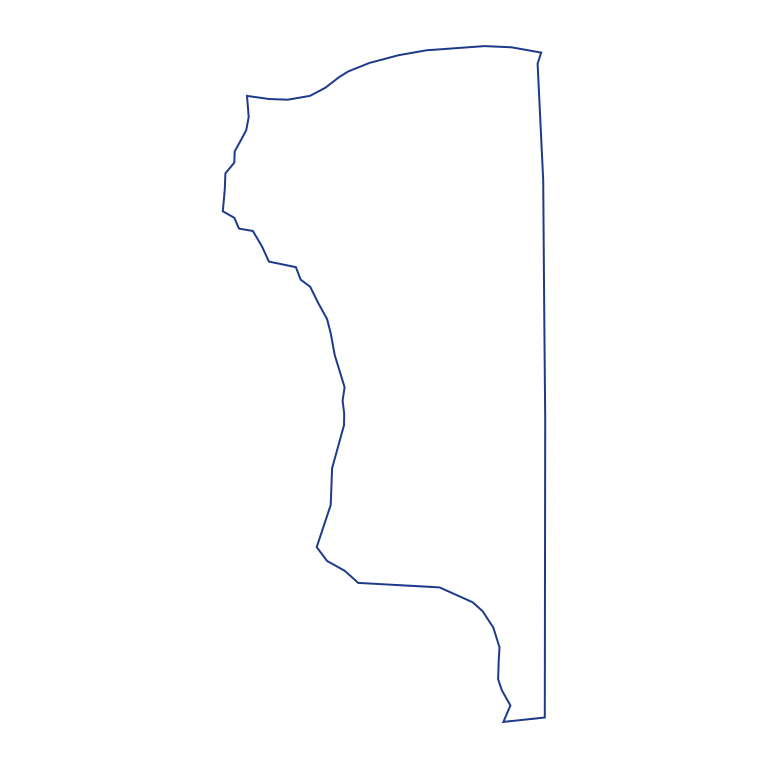 Lupionópolis, Paraná, Brazil
{"feature_id": "56859067B97395600042242", "entity_name": "Lupionópolis", "entity_type": "district", "adm_level": 2, "iso_a3": "BRA", "parent_name": "Brazil", "parent_adm1": "Paraná", "projection": "robinson", "projection_center": [-51.683, -22.744], "detail": "fine", "context": "isolated", "style": "outline", "palette": "blue", "viewbox_px": 768, "rotation_deg": 0, "n_neighbors": 0, "source": "geoboundaries", "source_scale": "gbopen_adm2", "svg_char_len": 832}
<svg xmlns="http://www.w3.org/2000/svg" viewBox="0 0 768 768"><path d="M247.0,95.9L248.7,117.0L246.2,130.3L240.4,141.1L234.7,151.4L234.3,162.6L225.4,173.4L224.8,189.1L222.8,211.3L234.3,217.8L239.0,228.6L252.9,231.0L262.2,246.9L268.9,261.6L295.9,267.2L300.6,279.6L310.3,286.9L318.2,303.0L327.0,318.9L330.7,333.2L334.7,355.0L344.6,387.3L342.6,400.4L344.2,413.7L344.0,425.2L332.1,468.2L330.7,505.0L316.7,547.1L327.0,560.9L345.0,571.0L358.2,582.9L395.9,585.0L439.5,587.4L472.7,602.3L482.6,611.2L493.3,627.6L499.5,647.3L498.7,661.1L498.1,679.1L501.8,690.1L510.4,705.5L503.4,721.9L544.8,717.5L545.2,418.6L544.2,307.5L543.2,180.2L537.6,63.6L541.2,52.6L511.5,47.3L484.6,46.1L426.4,50.3L398.6,55.2L369.5,62.9L348.3,71.4L339.0,77.2L325.4,87.7L309.9,95.9L287.6,99.7L268.9,99.0L247.0,95.9Z" fill="none" stroke="#1e3a8a" stroke-width="2"/></svg>